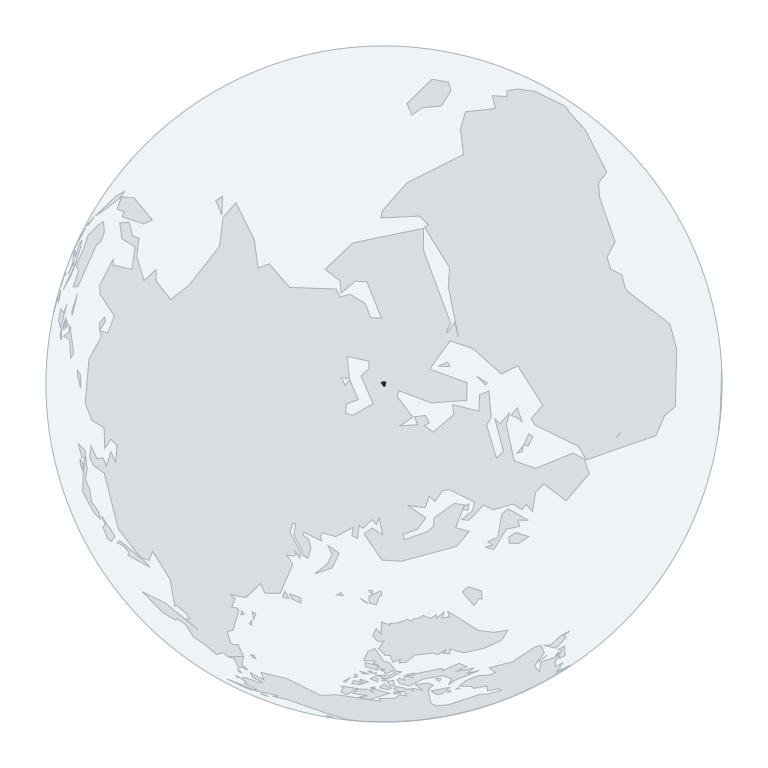 the Earth from above Tavush, rotated 191°
{"feature_id": "ARM-1670", "entity_name": "Tavush", "entity_type": "Province", "adm_level": 1, "iso_a3": "ARM", "parent_name": "Armenia", "parent_adm1": "", "projection": "orthographic", "projection_center": [45.046, 40.964], "detail": "fine", "context": "on_globe", "style": "filled", "palette": "slate", "viewbox_px": 768, "rotation_deg": 191, "n_neighbors": 0, "source": "natural_earth", "source_scale": "10m", "svg_char_len": 11688}
<svg xmlns="http://www.w3.org/2000/svg" viewBox="0 0 768 768"><g transform="rotate(191 384 384)"><circle cx="384" cy="384" r="338" fill="#eef3f6" stroke="#a8b0b8"/><path d="M336.6,49.4L337.5,49.3L349.1,48.0L356.1,47.4L381.3,50.3L418.6,55.7L434.0,56.2L427.8,57.7L459.3,58.8L481.8,64.6L454.1,59.1L449.6,59.5L463.8,63.4L462.2,64.8L468.2,67.8L465.0,69.4L449.1,67.0L446.7,68.2L456.9,71.0L460.1,75.1L445.5,70.6L449.7,77.4L423.8,76.4L387.3,66.2L370.6,70.0L326.9,71.9L328.6,74.3L313.1,77.7L309.2,82.1L302.2,82.0L305.2,85.7L312.4,85.0L316.1,86.6L314.5,89.4L305.3,89.4L304.7,88.1L301.2,89.6L297.2,88.6L298.3,90.6L287.3,90.9L295.7,94.8L284.9,98.6L278.3,97.8L282.3,92.3L276.8,79.4L271.3,78.2L259.6,81.3L230.4,97.8L223.0,99.4L210.5,105.6L213.0,106.8L223.7,102.6L225.3,107.1L238.2,102.3L240.7,103.8L252.6,101.8L247.1,108.3L235.4,116.0L225.2,118.3L219.8,122.1L226.5,125.4L204.7,136.0L185.5,154.7L180.3,157.2L175.3,151.0L182.8,136.1L176.4,131.1L176.8,141.0L163.7,148.5L160.0,152.9L158.5,156.8L162.0,156.8L156.8,161.2L154.4,152.2L159.2,148.1L159.9,150.7L163.3,144.1L161.6,139.5L155.1,144.5L159.5,134.7L154.9,138.4L153.3,138.8L160.3,133.4L147.8,143.4L150.0,140.2L169.7,122.7L190.7,106.8L212.9,92.6L236.2,80.1L260.3,69.5L285.2,60.9L310.7,54.1L336.6,49.4ZM46.6,402.1L47.8,416.0L52.4,445.5L55.1,461.2L55.3,462.4L49.6,432.4L46.6,402.1ZM359.5,47.2L349.5,48.0L339.6,49.0L348.1,48.0L359.5,47.2ZM378.0,47.3L372.9,47.6L370.4,46.9L374.1,46.9L378.0,47.3ZM445.3,56.7L437.5,55.1L445.6,56.3L445.3,56.7ZM469.5,68.0L472.3,68.2L474.2,69.7L469.5,68.0ZM254.8,98.4L253.6,100.0L252.0,99.5L254.8,98.4ZM261.0,96.2L259.8,94.5L262.6,93.2L263.2,94.3L261.0,96.2ZM471.1,73.8L473.4,76.7L468.3,73.3L471.1,73.8ZM261.7,98.7L267.7,91.2L272.6,89.2L279.1,91.7L261.7,98.7ZM472.9,78.1L478.6,85.9L485.1,86.6L469.8,89.6L470.1,81.6L462.8,77.0L469.7,78.9L472.9,78.1ZM315.3,83.7L307.7,84.5L315.5,81.4L315.3,83.7ZM319.5,81.4L338.4,71.2L349.0,71.9L340.5,74.9L355.3,74.4L351.2,79.7L342.1,81.2L336.1,79.5L339.1,83.0L319.5,81.4ZM460.5,90.5L459.5,92.3L457.5,90.0L460.5,90.5ZM318.2,87.0L321.1,84.7L330.4,85.0L326.4,89.9L324.6,88.2L318.2,87.0ZM361.3,71.9L367.5,73.4L365.9,78.0L368.1,79.3L352.0,80.0L361.3,71.9ZM321.7,89.5L324.1,92.5L318.2,94.9L316.0,89.4L321.7,89.5ZM334.6,83.2L338.8,83.7L335.1,84.9L334.6,83.2ZM298.7,106.2L302.0,102.8L307.1,102.6L298.7,106.2ZM325.3,93.4L327.3,92.6L329.7,92.3L330.0,94.8L325.3,93.4ZM352.0,83.4L350.0,85.2L358.4,83.3L357.6,87.1L347.0,87.0L351.2,88.6L350.9,89.8L342.6,88.5L352.0,83.4ZM337.6,96.5L323.8,98.4L316.7,104.5L311.9,104.7L324.3,95.0L337.6,96.5ZM341.2,91.9L337.9,94.7L333.6,93.3L333.3,90.4L341.2,91.9ZM360.8,89.9L364.8,84.0L367.0,84.3L360.8,89.9ZM336.3,98.5L339.7,98.0L336.3,99.1L336.3,98.5ZM354.2,92.7L355.3,90.5L357.8,90.8L354.2,92.7ZM345.4,99.2L340.9,99.7L340.6,97.6L345.4,99.2ZM350.1,96.4L353.1,97.5L343.1,96.6L350.2,95.3L350.1,96.4ZM356.3,93.4L358.1,92.9L355.5,94.3L356.3,93.4ZM349.3,107.0L336.7,106.4L335.9,101.7L348.2,102.8L349.3,107.0ZM103.4,474.1L93.7,417.5L102.6,406.2L107.1,385.3L171.0,348.1L181.3,360.0L227.9,372.5L233.1,377.8L224.1,393.5L256.2,427.4L270.8,416.3L303.4,435.7L327.4,439.0L342.1,407.3L302.9,401.2L299.6,383.7L333.8,374.5L368.6,380.3L368.4,373.8L349.4,357.1L360.3,346.1L343.1,350.4L347.9,357.7L337.2,361.0L332.2,354.5L336.3,350.6L326.6,346.2L309.7,367.0L312.7,376.8L285.6,375.4L288.1,391.8L279.7,397.2L272.4,371.6L275.4,363.4L259.4,332.5L253.8,340.7L268.5,370.8L262.6,367.1L255.1,379.7L256.1,367.2L241.5,333.4L219.0,330.1L185.2,352.3L173.1,348.5L165.4,335.2L183.0,304.1L207.9,316.5L214.5,306.8L214.0,287.1L221.6,292.9L224.5,286.8L234.3,290.8L252.6,281.4L263.3,284.1L274.8,266.4L281.9,265.8L273.1,276.1L272.6,285.3L299.7,292.9L306.2,290.2L311.5,278.5L318.3,282.6L320.0,270.3L337.7,269.4L317.5,260.6L323.2,247.9L336.2,240.3L334.4,234.9L313.3,247.4L308.1,254.0L309.4,261.9L292.2,280.1L281.9,280.7L286.3,256.7L272.3,255.5L281.8,238.4L333.1,213.3L352.4,210.8L375.0,233.1L368.1,240.4L356.5,235.7L363.2,251.6L364.6,244.7L370.2,248.5L377.1,238.3L381.4,240.6L380.6,227.4L386.6,229.1L387.0,237.4L402.4,225.0L416.1,226.2L417.5,222.4L415.1,218.0L434.2,223.1L434.4,220.1L428.2,217.2L424.5,209.6L425.5,198.5L432.0,200.9L432.6,205.2L443.6,218.3L444.0,230.1L446.8,230.1L448.0,220.4L434.6,204.3L433.3,197.0L440.7,203.7L437.9,200.7L439.3,197.8L446.9,197.5L439.2,189.9L445.9,158.8L461.2,155.9L467.0,164.6L478.7,148.1L495.0,147.8L489.2,144.9L490.9,136.1L485.8,136.0L483.2,134.0L485.2,113.4L490.8,111.1L485.2,100.6L482.2,99.4L477.8,100.4L469.8,89.6L485.1,86.6L491.1,89.5L496.6,86.3L509.3,93.8L522.4,99.1L533.1,110.3L542.5,114.1L543.6,112.5L557.2,117.3L581.5,134.0L557.0,127.3L519.7,107.4L534.5,115.6L529.7,116.1L534.2,120.8L544.8,126.9L546.9,126.1L556.5,151.0L579.1,175.5L581.0,166.1L589.7,167.3L617.1,191.0L641.6,243.1L653.4,248.5L659.0,256.1L659.7,267.1L651.5,256.0L645.6,257.8L640.8,250.4L639.2,265.5L632.3,255.6L634.4,272.9L641.7,277.7L645.7,267.4L650.5,287.7L664.0,292.8L673.7,308.4L678.3,352.2L670.8,375.7L672.1,381.8L664.9,381.5L661.7,399.4L680.1,418.2L681.8,427.0L673.7,455.0L672.4,449.1L653.4,448.3L654.4,471.0L669.0,476.6L674.1,491.7L665.0,494.3L659.2,481.4L652.4,480.6L651.0,461.9L639.2,439.8L629.6,452.8L627.3,441.5L609.5,426.2L594.1,443.8L571.7,488.0L573.8,517.0L563.8,533.7L538.9,500.9L529.7,473.9L519.6,480.0L495.0,460.8L449.1,468.1L443.7,460.8L434.8,465.7L417.7,459.3L409.8,446.7L399.0,448.2L420.3,481.1L432.0,479.4L443.4,465.1L447.0,477.0L463.6,485.3L441.3,516.7L375.0,544.3L370.5,522.3L330.1,456.3L332.4,449.0L332.3,448.2L331.9,446.6L326.2,458.1L320.0,444.5L339.4,491.7L341.8,510.7L374.0,545.5L370.5,548.8L381.5,555.6L418.9,546.3L418.7,553.4L399.8,585.9L349.7,624.5L357.6,648.6L355.9,666.8L327.4,675.5L332.6,687.7L318.3,689.6L319.2,695.3L309.2,699.1L291.5,700.0L258.5,691.1L254.2,686.2L234.3,671.3L205.8,634.4L211.8,622.1L207.9,608.2L184.2,567.6L189.2,551.0L183.5,540.1L171.3,536.4L164.9,523.0L157.7,518.9L114.8,497.5L103.4,474.1ZM145.4,375.7L142.8,381.6L142.7,381.7L145.4,375.7ZM403.4,403.5L425.5,404.1L419.0,382.9L427.0,381.7L421.8,375.3L418.4,381.5L406.3,363.8L417.1,357.2L416.1,347.9L408.7,347.3L390.9,362.5L408.0,387.4L401.5,396.3L403.4,403.5ZM163.9,149.0L163.9,149.9L161.4,154.3L160.5,153.2L163.9,149.0ZM162.8,170.3L154.4,177.0L159.8,171.1L156.9,170.3L164.6,157.6L178.0,157.9L170.6,159.7L162.8,170.3ZM178.7,141.7L172.3,149.1L178.8,141.1L178.7,141.7ZM230.5,251.5L232.3,257.5L226.3,263.3L212.8,261.9L221.4,253.3L230.5,251.5ZM236.4,264.8L244.5,242.6L253.2,243.2L246.9,246.5L251.9,249.1L243.1,255.2L243.5,278.4L238.3,285.2L216.2,277.7L226.3,276.1L223.9,270.1L236.4,264.8ZM249.8,191.5L253.4,183.8L267.6,194.9L262.6,201.0L248.8,199.4L246.6,191.5L249.8,191.5ZM272.0,105.5L272.5,103.2L275.1,103.0L276.8,104.8L272.0,105.5ZM299.8,104.7L272.7,116.0L271.8,113.7L256.9,124.1L248.9,122.3L258.8,115.5L241.5,122.4L247.3,115.6L235.8,121.1L258.7,106.1L263.2,100.9L261.2,107.3L268.5,108.9L272.9,108.0L289.0,101.9L302.1,92.3L311.4,93.0L314.5,96.1L312.7,98.5L307.2,97.1L308.8,101.4L299.6,101.3L299.8,104.7ZM345.0,142.3L339.3,138.0L341.0,149.9L331.7,148.5L332.5,150.0L324.4,152.2L315.9,157.6L312.2,156.0L310.5,158.9L305.1,160.7L301.5,164.2L293.6,162.8L288.6,167.2L287.7,164.0L281.2,172.1L282.5,165.6L275.6,167.8L278.0,173.0L244.2,160.1L229.0,161.1L215.6,165.8L219.7,154.9L234.9,143.9L254.6,135.3L268.6,136.5L268.0,131.8L274.5,131.1L272.3,135.1L279.6,128.6L284.3,129.3L301.9,123.9L309.4,115.0L316.0,113.2L315.4,117.0L322.4,112.6L325.8,118.7L330.6,117.7L338.8,123.2L335.0,131.8L340.7,130.0L347.2,134.6L345.0,142.3ZM351.3,108.7L348.8,118.4L342.5,122.7L330.9,111.5L326.0,111.6L318.4,105.4L327.7,99.6L329.0,101.8L332.5,102.6L328.2,104.1L334.2,103.6L336.2,106.8L341.5,107.4L339.2,110.3L351.3,108.7ZM241.3,373.5L245.7,375.9L253.2,377.5L248.6,385.9L241.3,373.5ZM230.8,350.6L235.2,351.0L232.3,362.8L227.7,360.7L230.8,350.6ZM240.0,341.6L235.6,350.1L235.2,344.2L240.0,341.6ZM277.3,276.1L282.3,276.2L281.9,279.1L278.0,282.6L277.3,276.1ZM347.9,180.2L345.7,176.4L347.7,175.3L349.5,165.7L356.5,166.4L358.2,172.5L347.9,180.2ZM334.1,412.2L325.8,417.6L322.8,414.0L326.3,412.8L334.1,412.2ZM284.1,402.6L294.4,409.3L282.8,404.8L284.1,402.6ZM355.8,179.4L355.8,175.3L359.3,178.3L355.8,179.4ZM361.8,166.6L366.3,169.1L357.6,165.5L361.8,166.6ZM414.9,663.8L395.0,692.4L378.6,692.6L374.2,685.0L380.6,668.0L399.2,662.5L407.9,653.3L414.9,663.8ZM704.2,486.9L706.5,482.0L706.2,483.3L704.2,486.9ZM702.0,489.1L705.2,482.7L700.8,492.8L702.0,489.1ZM706.4,480.2L709.6,471.0L711.1,466.1L710.4,469.0L706.4,480.2ZM699.5,493.7L682.9,517.3L675.5,523.4L678.0,517.0L690.1,503.3L699.5,493.7ZM677.4,517.6L665.0,519.1L642.6,500.7L650.7,495.2L673.0,498.3L671.8,503.3L679.3,504.7L677.4,517.6ZM704.4,460.8L702.9,473.4L694.5,485.8L690.3,489.9L687.5,479.6L689.1,470.0L692.8,465.4L703.2,420.9L707.6,420.2L705.4,437.0L708.7,441.2L704.4,460.8ZM575.5,519.0L584.1,531.9L578.2,537.3L575.5,519.0ZM704.3,394.9L702.2,414.1L703.2,391.9L704.3,394.9ZM703.1,376.4L704.8,381.6L701.8,379.3L703.1,376.4ZM674.8,390.0L671.0,396.4L669.5,392.4L673.4,381.9L674.8,390.0ZM681.0,321.9L686.5,334.1L687.7,339.3L683.3,334.4L681.0,321.9ZM415.6,184.6L405.2,196.6L402.4,206.8L408.1,214.6L395.6,209.3L400.0,193.5L415.6,184.6ZM441.5,161.5L436.4,155.5L441.5,155.2L443.3,156.6L441.5,161.5ZM436.4,159.9L424.9,158.2L423.9,153.1L433.2,155.3L436.4,159.9ZM390.2,167.8L386.6,171.1L383.8,168.5L390.2,167.8ZM674.5,556.6L674.9,555.9L676.1,553.9L674.5,556.6ZM709.8,473.1L714.1,456.1L715.3,450.7L709.8,473.1ZM721.0,408.9L721.0,408.4L721.4,403.6L721.0,408.9ZM721.5,400.0L720.8,405.7L721.8,391.6L721.8,392.2L721.5,400.0ZM718.1,428.9L717.8,432.3L717.2,433.0L718.1,428.9ZM719.1,423.3L720.2,417.4L718.7,426.6L719.1,423.3ZM710.6,439.8L711.6,444.3L714.9,431.7L712.4,444.3L713.6,450.3L712.4,456.5L711.4,449.5L709.5,464.2L707.9,467.5L708.0,458.5L710.1,441.5L711.6,432.3L716.9,415.4L710.6,439.8ZM719.4,414.8L718.9,409.0L719.1,401.7L719.8,403.5L719.4,414.8ZM715.6,396.1L712.1,392.7L710.5,402.0L712.3,377.3L715.6,384.6L715.6,396.1ZM710.3,380.3L709.0,388.8L709.4,375.6L710.3,380.3ZM707.8,386.9L706.0,380.8L707.9,377.6L707.8,386.9ZM711.3,377.9L709.0,365.5L711.3,370.1L711.3,377.9ZM701.1,367.5L707.8,369.8L701.8,376.4L694.5,355.0L696.5,349.7L701.1,367.5ZM668.2,252.7L663.8,247.9L663.6,242.1L666.7,247.0L668.2,252.7ZM659.2,220.7L662.2,239.0L663.8,254.8L666.5,254.3L672.7,266.9L665.1,262.1L659.1,243.7L659.0,233.7L652.7,224.2L648.7,212.8L639.8,203.9L636.0,197.0L644.1,202.3L659.2,220.7ZM635.9,200.5L618.9,183.1L621.6,177.3L626.0,179.7L632.6,190.0L630.8,192.4L635.9,200.5ZM615.6,177.4L613.6,179.9L584.6,164.1L579.1,159.5L602.7,167.2L602.1,170.1L608.8,175.4L615.6,177.4ZM463.2,93.0L459.8,92.4L462.5,91.6L463.2,93.0ZM480.4,134.2L477.2,131.4L480.5,130.2L480.4,134.2ZM470.4,123.2L468.9,126.4L467.7,122.0L470.4,123.2ZM466.0,134.1L467.0,127.3L469.9,135.3L466.0,134.1Z" fill="#d9dde1" stroke="#a8b0b8" stroke-width="1"/><path d="M383.4,382.2L383.6,382.2L383.8,382.1L384.0,382.4L383.9,382.5L384.0,382.6L384.3,382.7L384.6,382.9L384.7,383.0L384.1,383.1L384.1,383.3L384.2,383.5L384.3,383.5L384.3,383.4L384.5,383.5L384.8,383.7L385.0,383.7L385.2,383.8L385.3,383.8L385.5,383.7L385.7,383.8L385.7,384.0L385.8,384.1L386.1,384.4L386.2,384.5L386.3,384.5L386.5,384.6L386.4,385.0L385.9,385.3L385.6,385.5L385.5,385.8L385.4,385.8L385.3,385.7L385.2,385.7L384.9,385.4L384.7,385.4L384.4,385.5L384.2,385.6L384.1,385.8L383.8,385.9L383.7,385.9L383.4,385.7L382.9,385.9L382.8,385.4L382.7,385.3L382.7,385.2L382.8,385.0L383.0,385.0L383.0,384.9L383.2,384.5L383.3,384.4L383.4,384.2L383.2,384.1L382.9,384.0L382.8,383.9L382.9,383.6L383.0,383.6L383.5,383.4L383.4,383.2L383.3,382.9L383.4,382.7L383.5,382.7L383.4,382.6L383.1,382.5L383.1,382.4L382.9,382.3L383.0,382.2L383.4,382.2ZM383.9,383.7L383.9,383.3L383.7,383.3L383.6,383.5L383.9,383.7ZM384.7,384.0L384.8,383.9L384.7,383.8L384.6,384.0L384.7,384.0Z" fill="#64748b" stroke="#1e293b" stroke-width="1.5"/></g></svg>